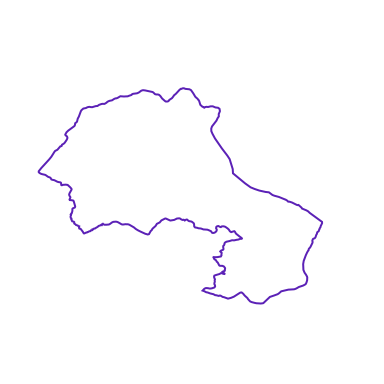 the district of Khong, Champasak, Laos, rotated 119°
{"feature_id": "54806243B24917082255411", "entity_name": "Khong", "entity_type": "district", "adm_level": 2, "iso_a3": "LAO", "parent_name": "Laos", "parent_adm1": "Champasak", "projection": "natural_earth1", "projection_center": [106.019, 14.226], "detail": "fine", "context": "isolated", "style": "outline", "palette": "violet", "viewbox_px": 384, "rotation_deg": 119, "n_neighbors": 0, "source": "geoboundaries", "source_scale": "gbopen_adm2", "svg_char_len": 6056}
<svg xmlns="http://www.w3.org/2000/svg" viewBox="0 0 384 384"><g transform="rotate(119 192 192)"><path d="M273.1,134.9L272.8,133.1L272.8,131.0L272.3,129.6L271.9,126.9L271.0,123.7L271.0,121.6L270.6,120.9L269.9,118.2L269.1,117.5L268.8,116.8L268.9,114.3L268.5,113.1L267.8,108.8L265.6,106.5L263.2,104.6L257.3,101.4L256.5,100.9L255.8,99.9L255.8,99.7L256.2,97.7L256.6,96.9L257.1,95.5L257.9,92.1L258.5,91.1L259.5,88.2L259.4,86.6L258.7,83.8L258.1,81.8L256.2,77.8L254.9,76.0L254.5,75.7L246.0,73.0L242.7,70.0L239.8,67.5L238.4,66.8L235.6,65.8L230.7,60.4L227.7,55.7L227.1,55.0L225.7,53.9L223.3,52.5L219.9,49.4L218.2,48.3L217.3,47.9L215.7,48.0L213.4,48.5L210.8,49.8L210.2,50.4L209.0,52.3L208.0,54.4L206.1,56.8L201.2,59.8L198.1,60.9L192.0,61.8L189.1,62.0L187.4,62.0L186.5,61.8L185.5,62.2L184.7,62.2L183.3,61.8L182.0,61.8L178.1,62.0L177.2,62.3L176.4,63.1L174.9,63.4L174.2,63.3L173.0,62.3L172.2,62.1L171.3,62.1L169.6,62.5L168.0,62.5L166.7,62.9L166.3,62.9L165.0,62.2L163.6,62.5L163.0,62.4L162.2,62.7L160.4,62.6L159.5,62.9L156.2,63.1L155.1,63.8L153.2,78.9L152.6,81.2L152.6,83.1L153.1,87.5L153.1,87.9L152.6,88.5L151.7,92.6L152.3,93.3L152.5,94.2L152.7,99.4L153.2,102.0L153.8,103.2L153.4,104.5L153.3,105.9L154.2,113.6L155.3,118.1L155.6,120.2L155.0,124.6L156.3,127.7L158.1,133.8L159.0,138.7L159.5,143.0L158.7,149.8L155.8,165.2L152.2,167.5L145.0,175.0L143.1,178.6L139.4,187.0L134.0,197.9L131.1,202.4L129.4,204.6L127.2,205.9L125.0,206.3L117.7,205.2L115.1,205.4L112.9,205.2L110.9,206.4L108.0,206.7L107.3,207.1L105.9,208.3L105.7,210.1L106.7,212.5L107.0,215.4L108.0,217.2L109.9,219.2L110.4,220.5L111.1,221.4L112.2,222.1L112.0,222.3L112.0,223.0L112.2,223.5L112.4,224.1L111.7,227.0L109.0,229.8L108.4,230.7L108.3,231.4L107.8,232.2L107.4,234.1L107.1,235.3L105.1,238.7L103.4,242.2L103.4,244.0L105.0,247.8L105.2,249.4L105.9,250.5L107.0,251.3L107.1,251.7L108.5,252.4L113.9,253.7L116.5,254.7L117.1,254.6L119.6,255.0L122.5,256.5L123.3,256.5L124.3,256.9L124.7,257.3L125.5,258.6L125.6,259.0L125.5,259.9L124.7,263.5L123.4,266.2L123.0,267.9L123.2,269.0L123.9,270.3L124.3,271.5L124.3,272.0L123.7,274.1L123.7,275.1L125.9,282.3L126.6,284.0L127.1,284.7L128.2,285.6L130.5,286.6L131.8,287.5L132.3,287.9L134.6,291.0L135.3,291.7L136.5,292.0L138.9,294.2L139.4,294.5L141.5,297.9L143.0,301.1L145.6,302.6L146.6,303.4L147.3,304.4L148.5,305.3L150.6,306.4L152.2,308.3L153.3,309.2L154.4,309.8L155.4,310.1L157.3,311.2L158.2,312.9L158.9,313.8L160.8,315.5L162.6,316.4L163.6,317.9L166.2,320.4L166.8,321.6L167.2,322.9L168.0,324.0L168.9,324.8L170.0,325.5L171.7,327.5L173.9,328.3L175.1,328.4L181.0,327.5L183.2,327.5L186.1,326.7L186.9,326.8L188.5,327.5L190.0,326.9L191.3,326.8L198.3,330.0L200.6,330.7L202.8,330.7L203.4,330.6L203.9,329.2L203.9,328.6L204.3,327.9L204.9,327.3L205.7,327.0L207.2,326.9L210.6,327.2L211.9,327.6L213.6,328.6L215.1,328.4L215.9,329.3L220.3,330.2L222.4,331.6L223.6,331.8L229.3,332.1L232.7,332.7L244.0,335.4L247.5,336.0L248.2,336.1L249.0,335.6L249.3,334.5L249.3,333.1L249.1,331.9L248.2,328.8L248.2,327.9L248.5,325.3L248.2,323.4L248.2,322.7L249.2,321.0L249.0,320.0L248.4,318.1L248.3,314.7L248.0,313.4L247.5,312.2L247.4,311.3L247.7,310.8L248.8,310.1L249.3,309.6L249.2,309.1L248.2,308.2L246.8,306.0L246.1,304.2L246.9,300.9L247.6,299.0L248.3,298.5L252.6,298.5L253.8,298.2L254.6,297.5L255.3,296.1L255.8,295.7L257.9,295.5L258.3,295.0L257.5,293.2L257.1,291.9L257.1,291.5L257.7,290.7L261.2,287.2L261.8,287.0L262.4,287.0L264.1,288.3L264.9,288.4L265.5,288.0L266.7,287.4L268.7,286.9L269.0,287.1L270.2,286.8L270.3,287.2L270.5,287.2L270.7,286.7L271.1,286.5L271.7,286.5L272.6,286.2L273.4,285.5L273.6,284.6L274.6,284.2L274.7,283.7L275.2,283.3L275.7,282.6L275.3,281.0L275.5,280.3L276.5,279.9L276.7,279.6L276.8,278.1L277.1,277.4L276.7,275.7L277.0,274.8L276.7,274.0L278.0,273.5L278.6,272.9L278.6,272.5L278.3,272.0L278.3,271.4L279.6,268.4L280.5,266.9L280.6,266.3L279.8,265.6L279.1,265.2L278.4,264.3L277.8,264.1L277.6,263.7L276.2,262.8L275.5,261.9L274.7,261.9L273.8,260.8L272.9,261.0L272.6,260.3L271.4,259.9L270.9,259.1L269.8,258.6L268.4,257.7L266.9,257.2L265.8,256.1L264.1,255.2L264.4,254.7L263.0,254.4L263.2,253.7L263.0,252.5L262.2,251.1L260.7,248.9L259.6,248.2L257.4,247.2L256.3,246.4L254.9,244.3L254.5,243.3L254.3,241.9L254.4,237.9L254.0,236.7L252.5,234.7L251.3,232.4L251.0,231.0L251.1,225.7L251.6,223.2L251.7,220.6L251.6,218.1L251.2,212.6L250.6,210.1L250.3,209.8L249.7,209.2L246.3,209.2L244.6,208.7L243.8,208.8L242.8,208.6L239.4,207.4L236.9,207.3L234.3,205.5L231.7,205.0L228.3,202.7L227.9,202.1L227.5,197.2L227.0,196.5L225.0,194.0L222.5,192.3L221.2,190.4L221.0,189.7L221.2,187.9L220.9,186.4L220.3,185.9L220.2,185.1L220.4,184.5L219.1,183.8L218.7,183.4L218.5,182.8L218.9,181.3L218.9,180.4L218.2,178.5L218.1,177.5L218.5,175.3L219.0,174.7L221.1,173.3L221.5,172.1L220.8,170.1L220.6,168.8L219.6,166.5L219.2,163.9L217.5,160.3L217.3,159.0L217.1,156.4L217.9,154.7L217.8,154.1L217.5,153.5L216.6,152.5L215.3,151.9L214.4,151.7L213.3,151.9L212.8,152.2L212.0,153.4L211.0,153.7L210.6,153.8L209.8,153.4L209.0,152.5L208.9,150.2L208.7,149.7L207.8,149.4L207.3,148.8L206.6,147.5L206.3,146.0L206.6,143.2L207.0,141.6L208.0,139.8L208.1,138.3L205.8,136.1L205.8,135.7L206.1,134.9L206.5,134.4L207.1,133.2L207.8,129.2L208.2,126.2L208.5,125.8L208.9,125.9L209.5,127.0L211.3,128.6L212.0,129.6L213.7,131.5L214.9,133.7L216.8,135.5L218.8,137.8L220.2,138.6L220.8,138.7L221.7,138.5L222.0,138.3L222.9,138.2L224.1,138.5L225.1,138.0L226.6,136.8L227.4,136.8L229.2,138.2L230.3,138.5L230.5,138.1L230.7,136.7L231.1,136.4L232.0,136.2L233.1,135.5L234.4,135.5L236.7,138.3L238.1,140.6L238.3,141.4L238.7,141.6L239.9,139.9L240.1,137.8L240.9,136.7L241.2,135.3L243.0,132.6L243.0,131.8L241.8,129.5L241.7,127.9L242.5,126.2L243.2,125.8L244.3,125.6L244.5,125.3L245.2,125.2L246.4,126.3L247.0,126.6L247.6,124.0L248.0,123.9L248.4,124.9L248.6,126.5L249.0,127.4L250.4,128.2L253.1,130.9L254.3,131.9L255.3,131.7L256.2,131.0L257.2,129.6L258.2,129.4L259.5,128.5L260.7,128.3L261.7,127.8L262.4,126.7L263.4,126.0L264.6,126.1L266.5,127.8L267.3,128.8L268.0,130.0L268.3,131.2L268.9,132.6L269.6,133.6L270.7,134.3L273.1,134.9Z" fill="none" stroke="#5b21b6" stroke-width="2"/></g></svg>